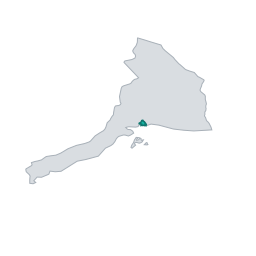 location of Massawa, Semenawi Keyih Bahri, Eritrea, rotated 113°
{"feature_id": "51966322B1208427285915", "entity_name": "Massawa", "entity_type": "district", "adm_level": 2, "iso_a3": "ERI", "parent_name": "Eritrea", "parent_adm1": "Semenawi Keyih Bahri", "projection": "mercator", "projection_center": [39.431, 15.642], "detail": "fine", "context": "in_parent", "style": "filled", "palette": "teal", "viewbox_px": 256, "rotation_deg": 113, "n_neighbors": 0, "source": "geoboundaries", "source_scale": "gbopen_adm2", "svg_char_len": 4041}
<svg xmlns="http://www.w3.org/2000/svg" viewBox="0 0 256 256"><g transform="rotate(113 128 128)"><path d="M41.3,154.3L40.4,146.4L39.9,141.1L39.3,135.5L38.7,130.1L41.2,126.9L42.4,123.8L45.4,113.7L46.6,111.7L49.0,106.3L49.4,104.7L51.7,97.9L51.5,93.3L51.0,88.7L52.3,86.0L53.4,83.8L53.4,82.0L53.9,77.7L54.2,76.6L55.6,76.5L58.5,77.1L60.6,76.7L63.1,76.7L65.0,76.5L66.1,75.2L67.6,70.2L68.6,69.2L69.4,68.9L71.5,68.0L73.4,66.5L74.9,65.4L75.4,65.2L77.0,65.1L78.6,64.5L79.4,63.8L81.4,63.2L83.3,63.5L84.7,62.9L85.5,62.5L86.5,62.5L87.5,61.9L87.8,61.0L88.4,60.4L90.0,59.1L90.7,58.2L91.0,57.2L91.3,56.5L92.0,55.2L94.7,52.0L97.0,50.1L105.0,66.3L108.3,75.9L111.2,85.8L113.3,100.7L115.4,108.3L118.7,112.0L120.9,119.1L122.8,119.3L124.2,121.3L126.6,127.9L128.4,130.3L129.3,128.2L129.2,127.0L128.5,125.0L129.1,122.4L130.5,120.8L133.5,122.9L135.2,124.5L135.6,127.8L136.3,129.6L139.5,133.4L142.2,134.5L145.7,134.8L148.7,135.6L151.0,137.0L155.4,140.9L165.5,144.3L173.6,154.7L178.4,161.8L194.0,172.7L196.7,177.9L198.2,183.0L201.4,182.8L207.1,188.3L208.7,192.5L213.4,194.1L214.2,191.6L216.4,193.6L217.3,196.8L214.3,198.1L211.1,199.2L210.6,199.2L209.5,200.6L208.0,204.6L206.3,205.8L205.4,205.9L200.3,202.1L199.5,201.9L198.4,202.7L197.6,203.4L195.2,200.6L193.5,198.1L191.1,195.1L188.7,193.7L186.2,192.1L183.7,188.1L181.2,183.8L177.5,180.2L170.5,175.1L164.1,168.6L159.2,161.8L156.0,158.3L154.6,157.4L148.1,155.2L143.5,152.1L140.0,149.5L137.8,148.8L135.8,148.7L131.3,149.2L127.6,147.6L126.0,147.6L123.5,147.2L121.6,146.6L119.3,147.3L114.6,148.4L112.7,148.2L111.6,146.6L111.0,145.3L109.4,144.1L108.0,144.1L107.3,145.2L102.4,148.1L94.2,149.7L92.2,149.6L90.8,148.4L86.6,143.5L85.4,142.7L84.5,142.6L82.6,142.0L80.8,141.1L79.2,139.0L77.6,137.9L75.9,141.8L72.9,148.8L71.3,152.5L69.2,157.3L68.6,157.4L67.5,157.1L63.4,151.1L60.9,148.9L58.9,149.1L57.5,150.2L56.7,152.2L55.7,153.4L54.7,153.9L52.4,153.6L49.0,152.7L45.4,152.9L41.8,154.3L41.3,154.3ZM137.9,114.5L139.0,116.0L139.7,115.9L140.3,115.4L140.8,114.3L145.0,116.4L144.7,117.7L142.2,117.8L139.3,117.2L136.6,117.4L133.4,116.8L132.7,114.5L134.7,115.6L135.8,115.4L136.0,115.1L134.5,113.5L132.5,113.2L132.6,111.9L133.5,111.5L134.1,110.9L132.9,109.2L135.2,109.5L136.7,110.6L137.6,111.8L137.9,114.5ZM136.1,103.8L137.0,106.5L134.4,105.5L134.0,104.9L135.1,103.8L135.4,103.2L136.1,103.8Z" fill="#d9dde1" stroke="#a8b0b8" stroke-width="1"/><path d="M119.8,119.3L119.8,119.2L119.7,119.1L119.7,118.9L119.7,118.7L119.6,118.4L119.5,118.2L119.4,118.1L119.4,117.9L119.4,117.7L119.2,117.5L119.2,117.4L119.2,117.2L119.3,117.2L119.5,117.1L119.8,117.1L119.7,117.1L119.8,117.2L119.8,117.3L119.9,117.2L119.9,116.9L119.8,117.0L119.6,117.0L119.6,116.9L119.7,116.7L119.8,116.7L119.8,116.8L120.0,116.8L120.0,116.7L119.9,116.7L120.0,116.6L120.2,116.4L120.0,116.5L119.9,116.5L119.7,116.4L119.7,116.2L119.8,116.2L119.8,115.9L119.9,116.0L119.9,115.9L119.9,116.0L120.0,116.0L120.2,115.9L120.1,115.7L119.9,115.6L119.8,115.4L119.7,115.4L119.5,115.2L119.4,115.0L119.4,114.9L119.4,114.7L119.4,114.4L119.3,114.2L119.2,114.2L119.3,114.2L119.2,114.0L119.3,114.0L119.3,113.9L119.2,113.9L119.3,113.8L119.2,113.7L118.9,113.4L118.8,113.1L118.7,112.9L118.8,112.7L118.9,112.4L118.4,112.4L118.1,112.4L118.1,112.5L117.9,112.5L117.6,112.6L117.4,112.7L117.3,112.9L117.2,113.2L117.2,113.3L117.1,113.5L116.9,113.7L116.8,113.8L116.7,113.9L116.6,114.0L116.4,114.5L116.3,114.8L116.1,115.0L115.9,115.2L115.9,115.3L116.0,115.3L115.9,115.4L116.0,115.5L115.9,115.7L115.9,115.8L115.9,116.0L115.8,116.4L115.7,116.5L115.7,116.8L115.5,117.0L115.4,117.1L115.2,117.1L115.1,117.3L115.2,117.5L115.3,117.8L115.5,118.0L115.8,118.3L116.0,118.3L116.1,118.2L116.3,118.1L116.5,118.2L116.8,118.2L117.0,118.2L117.2,118.3L117.3,118.3L117.6,118.4L117.7,118.5L117.8,118.5L118.0,118.7L118.3,118.7L118.3,118.8L118.5,118.9L118.8,118.9L118.8,119.0L118.8,119.3L119.0,119.5L119.3,119.6L119.5,119.5L119.7,119.4L119.8,119.3L119.8,119.3ZM119.2,113.7L119.2,113.8L119.2,113.7ZM120.3,116.9L120.2,116.8L120.0,117.0L120.2,116.9L120.3,116.9L120.3,116.9Z" fill="#14b8a6" stroke="#0f766e" stroke-width="1.5"/></g></svg>